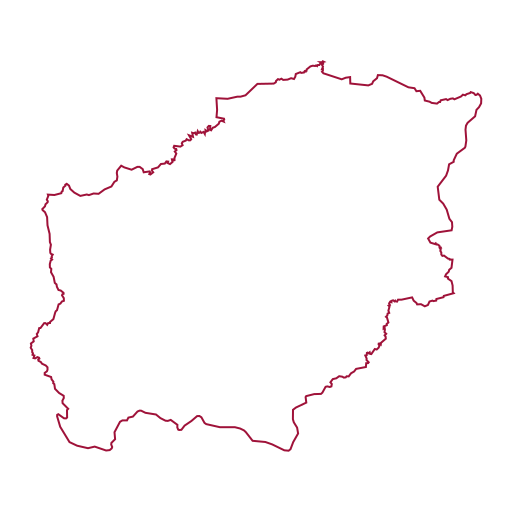 the district of Tamot, Phatthalung, Thailand
{"feature_id": "78962969B20479375564270", "entity_name": "Tamot", "entity_type": "district", "adm_level": 2, "iso_a3": "THA", "parent_name": "Thailand", "parent_adm1": "Phatthalung", "projection": "orthographic", "projection_center": [100.035, 7.286], "detail": "fine", "context": "isolated", "style": "outline", "palette": "rose", "viewbox_px": 512, "rotation_deg": 0, "n_neighbors": 0, "source": "geoboundaries", "source_scale": "gbopen_adm2", "svg_char_len": 5922}
<svg xmlns="http://www.w3.org/2000/svg" viewBox="0 0 512 512"><path d="M420.2,90.8L416.4,91.2L414.5,88.2L408.4,87.3L386.7,76.7L382.6,75.3L377.9,75.1L377.0,78.2L373.2,81.3L372.1,83.8L368.3,85.4L350.3,83.5L350.1,77.1L345.8,77.7L341.7,79.3L323.4,73.3L322.0,71.7L322.9,70.7L322.9,69.0L322.0,69.1L323.0,66.7L322.1,65.1L323.2,63.8L322.8,62.1L323.8,61.8L322.8,61.3L322.2,62.2L320.3,62.2L321.3,62.8L321.3,63.7L320.5,63.3L319.3,65.0L317.4,65.1L317.1,66.1L315.8,65.5L315.2,66.0L312.8,65.7L310.4,66.4L306.7,69.4L306.5,70.8L305.3,70.9L305.5,71.6L304.3,71.7L304.0,72.5L301.2,72.9L300.3,72.2L295.8,74.0L295.3,76.7L294.0,79.0L291.1,78.2L287.6,79.6L283.2,79.9L281.4,78.7L279.4,79.7L278.0,79.1L276.0,81.0L275.8,82.3L273.7,83.6L257.4,83.9L245.5,95.3L240.4,96.7L237.2,96.7L227.6,98.8L216.4,98.2L217.1,109.9L216.5,117.2L224.0,118.7L224.2,119.6L223.3,120.7L223.7,121.6L221.5,120.7L219.4,121.7L218.8,123.7L214.9,127.0L212.8,127.7L211.1,130.3L210.0,129.6L210.3,126.0L208.8,125.9L207.5,127.4L208.4,130.6L207.2,131.2L205.5,130.1L205.7,131.9L205.0,132.2L204.8,134.0L203.6,131.9L201.5,132.9L200.3,131.7L199.7,132.7L198.6,132.9L197.7,131.2L196.7,134.6L195.8,134.4L195.2,132.6L193.4,133.2L192.2,132.8L193.0,136.8L189.0,135.3L191.2,139.2L190.3,140.3L188.9,140.4L186.6,139.2L185.8,140.6L182.7,141.8L181.8,143.3L182.6,145.2L180.4,146.6L174.2,145.8L173.6,147.4L174.7,148.7L176.2,149.0L176.5,150.1L174.8,151.5L176.3,153.6L174.5,157.9L174.5,160.2L173.3,160.5L172.7,159.3L171.9,159.3L172.5,162.0L170.0,164.1L167.6,163.0L168.1,161.6L166.4,161.4L164.8,163.6L160.9,164.0L158.0,167.4L152.1,169.2L152.0,170.7L153.2,172.3L150.4,174.5L149.3,174.1L150.1,172.4L149.7,171.4L143.7,172.3L142.7,169.1L139.7,166.9L137.3,166.9L131.6,169.7L124.3,167.4L121.2,165.7L117.2,170.6L116.8,173.0L117.4,176.7L116.8,180.4L114.4,181.8L111.4,186.5L104.6,189.4L98.6,193.8L93.6,193.5L88.9,195.1L86.8,194.5L80.3,195.9L74.3,192.6L70.3,189.0L69.0,185.6L66.7,183.8L65.3,184.7L65.5,185.6L63.3,187.5L62.6,191.1L61.7,191.6L61.3,193.2L54.4,195.0L47.9,194.6L48.3,195.9L46.8,199.7L47.8,201.2L47.6,202.3L45.5,204.3L45.0,206.3L42.3,209.1L42.6,210.1L45.0,212.2L47.1,217.1L47.5,225.3L49.6,233.9L49.9,242.1L50.9,244.7L50.1,249.6L50.3,252.8L50.9,253.8L52.7,254.6L51.7,256.3L51.9,257.5L51.0,258.4L52.1,259.6L50.7,260.6L49.8,264.1L49.9,267.4L51.3,268.9L51.0,272.2L53.6,276.8L54.8,282.9L56.5,284.4L56.9,286.8L58.5,290.0L60.7,290.5L63.5,292.8L63.6,293.8L62.4,294.3L62.0,295.3L63.8,298.1L63.9,300.8L61.9,301.5L60.4,303.6L58.6,304.4L57.0,310.2L55.7,311.3L55.1,312.8L53.4,319.1L50.1,321.9L50.0,323.0L48.1,323.1L47.2,324.8L45.5,323.1L44.2,323.1L40.5,328.0L39.2,328.1L38.1,332.3L36.8,334.0L37.5,336.3L33.3,338.6L33.7,341.4L30.9,343.5L31.4,345.8L30.7,347.7L32.2,350.1L32.2,352.2L33.0,353.3L32.5,354.8L34.4,355.5L33.5,358.0L35.1,358.4L37.4,357.1L39.0,357.7L39.4,358.6L38.2,359.6L38.5,360.8L40.8,362.0L42.0,363.7L45.8,365.5L47.5,367.3L47.5,369.8L46.9,371.3L44.7,372.9L44.7,374.7L51.1,377.0L51.6,379.4L53.4,381.7L53.2,383.2L54.3,384.1L55.0,388.8L59.1,393.0L63.7,395.8L63.8,398.0L62.4,400.7L62.6,403.2L68.2,408.8L67.0,410.1L67.1,417.5L66.1,418.4L64.0,418.3L58.3,414.2L57.2,414.8L57.1,416.3L60.2,426.8L69.5,442.1L77.1,445.7L88.0,448.2L94.7,446.6L106.1,450.5L109.7,450.1L111.7,448.4L112.2,447.0L111.2,444.5L111.4,442.9L115.1,439.2L114.5,432.2L120.0,421.8L122.4,420.4L127.0,420.4L128.4,417.6L132.9,416.6L137.5,411.5L139.7,410.6L141.2,410.7L145.4,412.8L156.0,414.5L160.4,418.1L165.5,420.7L167.8,420.9L170.7,419.9L177.4,424.8L177.3,427.4L178.2,429.6L179.1,430.0L181.4,429.8L184.6,425.6L191.4,421.0L197.1,416.1L199.4,416.0L201.4,417.3L204.5,422.9L206.2,424.1L219.9,427.2L234.9,427.2L240.1,428.5L244.0,430.4L245.9,432.2L252.6,440.8L265.4,442.0L272.2,444.4L284.3,450.3L288.6,450.7L290.5,449.2L293.2,442.1L298.1,433.5L297.1,427.6L293.8,422.3L292.9,419.2L293.0,409.8L296.0,407.5L306.3,402.6L305.6,397.1L306.2,396.1L314.2,394.1L321.0,393.9L322.4,392.6L325.6,386.8L327.3,386.4L329.8,387.0L331.4,386.4L331.8,384.0L330.4,382.3L332.8,379.1L336.3,378.3L339.2,376.2L342.4,376.7L343.8,377.6L345.7,377.4L346.6,376.3L348.7,376.4L351.0,373.3L354.1,371.5L356.1,368.9L365.9,367.0L366.2,363.2L368.1,363.1L368.7,362.3L366.5,360.0L366.6,358.4L365.3,355.5L366.7,355.2L366.9,352.9L367.6,352.6L368.5,353.3L369.7,352.3L370.1,353.9L371.3,354.1L374.8,349.0L376.7,349.5L378.6,347.7L379.5,345.7L378.6,344.4L378.7,343.6L379.9,343.4L380.8,344.3L381.0,342.8L385.8,338.7L385.6,336.6L384.6,335.3L386.2,333.8L384.5,332.2L384.9,329.6L384.7,328.2L383.6,328.7L383.7,326.4L386.8,325.2L386.7,323.9L388.4,322.5L387.0,317.6L386.0,316.8L387.3,315.5L387.6,313.6L389.2,312.9L388.4,310.7L389.5,306.6L388.6,305.6L389.9,305.0L389.1,303.4L390.1,301.8L391.4,302.2L391.3,300.9L393.1,300.3L394.5,301.4L395.1,300.8L395.3,301.3L397.1,301.6L398.0,299.7L401.4,299.7L412.1,297.4L413.7,300.7L416.5,303.0L417.1,304.4L421.0,304.2L424.8,306.3L427.9,305.0L429.5,301.5L432.5,300.6L433.3,301.1L436.2,300.6L436.4,299.0L443.5,297.2L443.8,295.9L453.7,293.2L452.8,292.2L452.6,285.5L451.5,281.1L447.9,278.6L448.0,277.2L445.1,276.4L446.0,274.3L448.7,271.7L449.2,269.8L451.5,267.8L452.5,259.6L449.7,259.6L449.5,258.9L448.0,258.6L444.0,255.6L442.4,255.9L441.3,254.5L441.3,252.5L440.3,250.9L440.7,249.8L440.1,248.6L441.0,248.0L440.6,247.3L439.5,247.3L439.4,245.7L437.5,244.4L436.3,244.5L435.7,243.3L434.8,244.0L430.4,242.6L428.1,238.5L430.1,236.5L437.3,232.4L451.6,230.3L452.3,226.8L452.0,222.2L449.4,218.8L446.7,209.6L443.2,203.6L439.3,199.7L437.7,186.7L446.1,175.7L448.0,170.4L449.1,164.3L453.7,161.8L453.7,160.3L456.8,153.7L464.8,147.8L465.4,146.6L466.3,140.4L465.5,129.6L466.0,125.6L467.6,122.8L475.1,116.3L476.5,109.8L479.0,107.2L481.1,103.4L481.3,98.8L480.0,95.5L477.8,93.7L476.6,94.8L475.4,95.0L473.7,93.1L470.7,92.1L470.1,93.0L466.4,94.2L465.4,95.3L462.9,94.7L461.0,96.5L454.4,99.3L452.9,98.4L450.3,98.8L447.6,100.1L446.1,99.1L440.7,100.3L440.1,102.0L439.0,102.0L437.0,103.6L431.7,102.9L429.6,101.7L424.8,100.5L424.4,97.6L420.2,90.8Z" fill="none" stroke="#9f1239" stroke-width="2"/></svg>